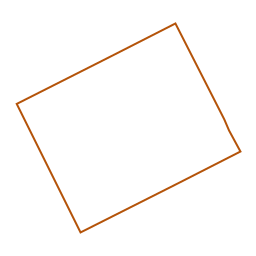 Mitchell, Kansas, United States of America (Albers equal-area conic projection), rotated 333°
{"feature_id": "52423323B46685429540919", "entity_name": "Mitchell", "entity_type": "district", "adm_level": 2, "iso_a3": "USA", "parent_name": "United States of America", "parent_adm1": "Kansas", "projection": "albers", "projection_center": [-98.087, 39.393], "detail": "fine", "context": "isolated", "style": "outline", "palette": "amber", "viewbox_px": 256, "rotation_deg": 333, "n_neighbors": 0, "source": "geoboundaries", "source_scale": "gbopen_adm2", "svg_char_len": 280}
<svg xmlns="http://www.w3.org/2000/svg" viewBox="0 0 256 256"><g transform="rotate(333 128 128)"><path d="M217.5,200.0L216.9,176.1L217.7,164.0L217.7,56.4L216.6,56.4L144.9,56.4L39.8,56.0L38.3,199.5L145.8,200.0L217.5,200.0Z" fill="none" stroke="#b45309" stroke-width="2"/></g></svg>